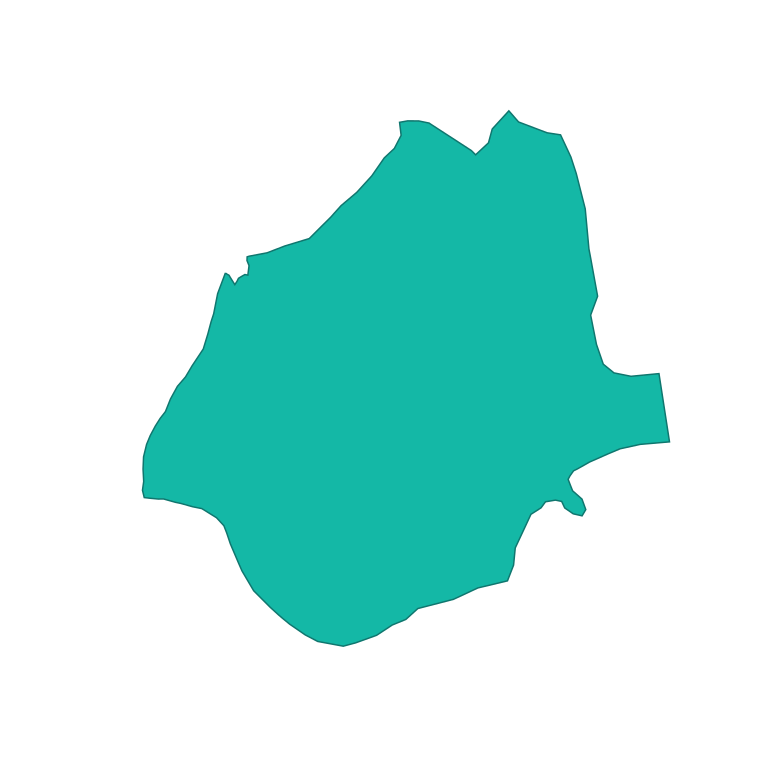 outline of Kaltungo, Gombe, Nigeria, rotated 65°
{"feature_id": "59680162B43215766185997", "entity_name": "Kaltungo", "entity_type": "district", "adm_level": 2, "iso_a3": "NGA", "parent_name": "Nigeria", "parent_adm1": "Gombe", "projection": "orthographic", "projection_center": [11.405, 9.843], "detail": "fine", "context": "isolated", "style": "filled", "palette": "teal", "viewbox_px": 768, "rotation_deg": 65, "n_neighbors": 0, "source": "geoboundaries", "source_scale": "gbopen_adm2", "svg_char_len": 1886}
<svg xmlns="http://www.w3.org/2000/svg" viewBox="0 0 768 768"><g transform="rotate(65 384 384)"><path d="M385.6,649.3L388.8,644.1L392.8,637.3L395.1,632.3L403.1,623.0L406.3,618.7L414.3,609.4L419.9,601.8L434.4,592.3L444.8,589.0L452.5,589.5L463.9,590.8L484.6,591.5L493.4,591.7L504.9,590.6L516.3,589.5L538.3,581.5L548.8,577.1L553.0,575.2L561.8,571.0L578.0,561.5L589.3,552.9L594.0,546.3L604.4,531.7L606.2,521.4L606.6,519.2L608.6,497.1L608.6,496.7L605.9,478.4L606.6,463.7L601.8,448.2L608.5,412.0L608.5,385.1L614.5,355.7L614.6,355.3L602.9,343.1L588.0,334.3L574.2,317.8L564.2,305.9L562.6,294.0L559.0,287.4L561.7,277.7L565.5,272.6L572.7,272.6L581.6,267.4L587.2,260.2L583.1,254.2L572.0,253.2L560.5,258.2L553.7,257.8L548.2,257.4L545.8,254.2L542.8,248.9L542.7,244.8L541.6,230.7L542.0,210.7L542.5,197.4L547.0,177.3L557.1,149.7L490.8,130.4L481.4,156.9L471.1,170.9L458.7,176.9L437.9,174.7L408.9,167.6L394.7,153.3L355.7,143.1L348.2,141.2L310.3,127.6L274.5,120.8L257.3,118.7L232.8,118.7L225.2,130.1L203.4,151.3L189.2,155.4L198.2,177.1L198.7,178.2L209.6,187.4L215.0,204.1L212.8,204.9L209.5,206.1L195.7,214.7L167.7,232.2L166.6,232.8L165.8,233.9L160.3,241.3L155.5,251.4L153.4,259.3L165.9,263.4L174.9,275.1L179.2,288.2L190.2,307.1L198.8,327.7L204.2,347.5L208.8,358.3L209.0,358.7L210.2,361.5L214.3,372.9L220.6,390.3L217.0,415.4L215.7,434.5L211.2,452.1L210.9,454.3L214.2,456.0L219.7,456.3L220.0,456.5L227.8,461.4L226.0,463.8L226.3,467.7L226.7,471.2L228.8,473.8L230.9,477.2L227.0,477.7L223.9,478.1L221.3,478.4L220.8,478.4L219.7,478.6L218.7,479.5L217.1,480.4L216.7,481.2L231.8,496.6L248.4,508.7L254.4,514.3L264.2,522.5L275.9,533.0L286.9,551.0L287.3,551.5L293.7,560.9L298.8,572.2L307.3,583.8L316.5,593.6L317.1,594.6L320.2,600.7L320.7,601.6L325.0,608.3L325.3,608.8L331.9,617.6L338.4,624.7L348.4,632.7L359.2,638.3L370.8,643.0L378.2,647.8L385.6,649.3Z" fill="#14b8a6" stroke="#0f766e" stroke-width="1.5"/></g></svg>